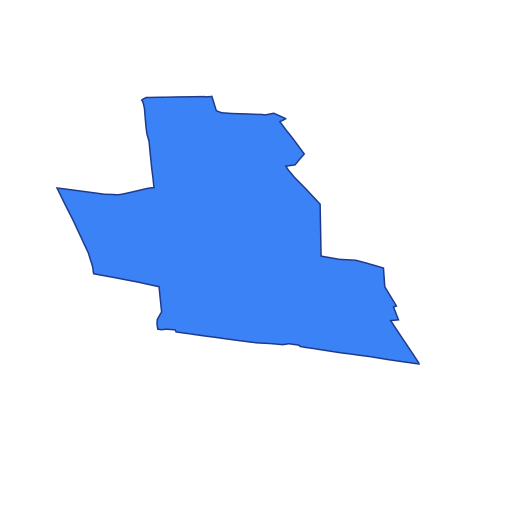 Olaine, Olaines, Latvia (Natural Earth projection), rotated 42°
{"feature_id": "27541924B43954126847535", "entity_name": "Olaine", "entity_type": "district", "adm_level": 2, "iso_a3": "LVA", "parent_name": "Latvia", "parent_adm1": "Olaines", "projection": "natural_earth1", "projection_center": [23.924, 56.791], "detail": "fine", "context": "isolated", "style": "filled", "palette": "blue", "viewbox_px": 512, "rotation_deg": 42, "n_neighbors": 0, "source": "geoboundaries", "source_scale": "gbopen_adm2", "svg_char_len": 3125}
<svg xmlns="http://www.w3.org/2000/svg" viewBox="0 0 512 512"><g transform="rotate(42 256 256)"><path d="M223.6,147.9L204.1,143.9L194.7,142.4L186.3,140.7L185.9,140.7L183.9,140.3L186.2,134.2L185.7,134.2L185.4,134.3L179.6,136.1L175.0,137.6L173.7,138.0L168.4,145.1L167.7,145.5L166.7,146.2L165.5,147.0L162.1,150.0L155.4,155.5L153.7,156.9L152.0,158.4L149.7,160.3L147.4,162.3L146.5,163.0L146.3,163.2L146.0,163.5L144.2,165.0L142.4,166.5L138.9,169.2L135.5,171.9L134.7,172.4L134.3,172.7L129.3,174.6L116.4,166.9L115.7,167.8L111.1,172.4L110.8,172.2L97.9,184.2L97.1,184.9L95.4,186.5L93.6,188.1L88.7,192.7L83.0,198.1L77.2,203.4L71.3,209.0L68.7,211.3L68.4,211.6L67.2,214.7L67.1,214.9L67.1,215.0L66.9,215.4L66.8,215.7L66.8,216.7L68.5,217.1L70.2,218.0L74.4,221.0L82.3,228.5L87.9,233.7L90.9,236.3L93.2,238.2L99.0,241.9L99.3,241.9L108.0,249.9L120.5,261.2L127.5,267.2L133.1,272.3L134.5,273.4L132.7,275.3L131.2,277.0L129.4,279.4L121.1,291.3L116.5,297.8L115.0,299.8L114.2,300.8L112.6,302.7L111.0,304.1L109.3,305.4L107.5,306.9L105.7,308.4L102.1,311.5L93.1,317.6L71.4,332.5L62.6,338.6L67.6,340.6L77.0,344.4L85.4,347.7L93.8,350.9L99.6,353.3L110.2,357.8L117.8,361.0L120.9,362.4L122.5,363.0L127.2,365.0L128.9,365.7L129.8,366.2L136.2,370.0L137.5,370.7L138.7,371.4L139.9,372.2L141.2,372.9L144.7,375.7L145.5,376.5L147.2,377.8L147.3,377.8L148.8,376.9L149.4,376.5L153.0,374.3L156.1,372.4L161.0,369.4L162.7,368.3L167.0,365.7L174.0,361.5L184.7,355.0L201.0,345.7L204.4,343.7L206.6,345.6L209.0,347.8L211.3,349.9L212.4,350.9L213.9,352.2L214.1,352.5L216.1,354.2L218.2,356.1L220.1,357.9L222.3,359.8L222.6,360.2L222.9,360.4L223.3,360.7L223.9,363.8L224.0,364.2L224.1,364.8L224.4,365.9L224.4,366.1L225.1,369.1L226.3,370.8L228.0,372.9L229.0,373.7L230.8,375.1L231.0,375.3L231.4,375.6L231.9,376.1L233.6,375.0L235.2,373.9L236.8,372.1L238.3,370.4L245.4,364.9L247.4,365.9L254.1,361.4L271.5,349.7L275.4,347.0L281.0,343.1L282.1,342.4L283.2,341.6L285.2,340.3L287.3,338.9L289.4,337.5L291.1,336.3L292.8,335.1L295.7,333.2L298.5,331.2L299.5,330.6L300.5,329.9L304.5,327.1L305.9,326.1L307.4,325.1L308.9,324.1L310.3,323.0L311.5,322.2L313.3,321.0L315.1,319.7L320.6,315.2L326.1,310.8L328.9,308.7L331.7,306.6L333.3,305.4L335.0,304.2L336.2,302.8L338.8,299.6L339.3,299.1L347.6,293.5L349.4,293.7L351.7,292.2L354.0,290.8L355.6,289.7L357.2,288.6L380.9,273.1L384.8,270.5L386.7,269.2L388.5,267.9L389.7,267.1L390.9,266.2L396.8,262.2L397.0,262.1L404.7,256.8L408.2,254.4L423.8,244.4L428.6,241.2L439.0,234.2L449.4,227.2L449.0,226.9L448.7,226.6L439.2,224.1L437.0,223.6L434.9,223.0L430.4,221.9L425.8,220.7L422.4,219.9L409.2,216.5L399.3,213.9L400.2,212.9L404.6,208.1L392.3,201.9L393.8,199.2L383.2,196.0L372.5,192.8L372.1,192.5L371.4,191.8L370.7,191.2L366.2,186.8L361.7,182.5L361.0,181.8L360.2,181.0L358.8,179.7L358.0,180.1L355.2,181.4L352.4,182.7L344.9,186.4L343.1,187.2L333.0,192.4L320.2,202.7L305.6,211.8L304.4,212.5L269.0,174.6L268.3,174.5L267.8,174.5L247.1,172.7L240.0,172.3L232.8,171.9L230.8,171.7L227.8,171.2L224.9,170.8L223.7,170.7L222.6,170.5L218.1,169.2L220.1,166.8L220.5,166.3L220.8,166.0L224.0,162.2L223.6,152.7L223.6,147.9Z" fill="#3b82f6" stroke="#1e3a8a" stroke-width="1.5"/></g></svg>